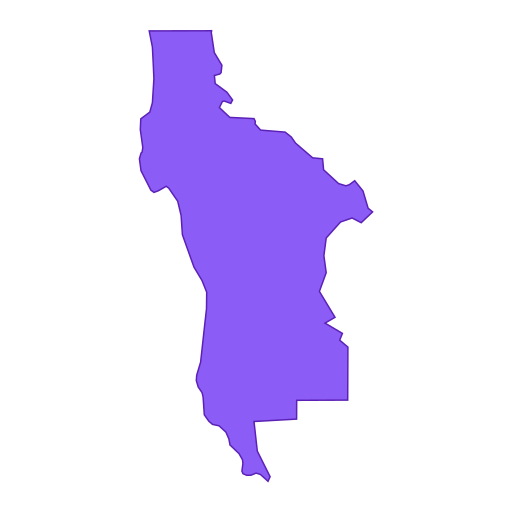 the district of San Mateo, California, United States of America
{"feature_id": "52423323B75131784459442", "entity_name": "San Mateo", "entity_type": "district", "adm_level": 2, "iso_a3": "USA", "parent_name": "United States of America", "parent_adm1": "California", "projection": "equal_earth", "projection_center": [-122.339, 37.408], "detail": "fine", "context": "isolated", "style": "filled", "palette": "violet", "viewbox_px": 512, "rotation_deg": 0, "n_neighbors": 0, "source": "geoboundaries", "source_scale": "gbopen_adm2", "svg_char_len": 1365}
<svg xmlns="http://www.w3.org/2000/svg" viewBox="0 0 512 512"><path d="M347.9,347.1L339.7,340.2L342.4,333.4L325.0,323.1L335.0,317.3L319.4,291.4L326.2,272.7L323.9,255.7L326.2,238.0L340.5,222.0L352.0,218.0L361.2,222.7L372.6,211.9L368.1,208.2L363.0,191.0L354.7,180.7L349.3,184.7L345.9,185.8L341.3,184.4L338.6,183.6L323.6,169.8L322.6,158.8L312.6,157.8L295.5,143.1L291.3,137.0L285.1,132.1L260.6,130.1L255.1,124.0L255.3,121.3L254.0,118.6L229.8,117.4L219.4,107.6L222.4,101.5L224.1,101.0L230.8,103.4L232.6,100.0L226.9,92.2L215.2,83.6L214.4,75.5L219.8,74.0L221.1,72.6L221.9,65.2L214.3,52.6L211.1,31.3L212.2,30.7L204.3,30.8L195.9,30.8L149.2,30.9L152.4,47.1L153.2,63.0L153.9,78.8L152.4,102.7L149.8,112.1L140.8,118.8L140.3,129.6L142.8,147.5L142.1,152.1L141.1,153.0L139.4,158.7L141.0,170.7L150.9,190.2L154.0,192.4L158.0,190.9L158.5,190.7L166.2,186.3L168.7,188.1L177.7,201.2L181.1,215.5L182.4,234.7L194.0,267.2L202.0,280.5L206.7,292.2L206.5,308.8L204.5,326.6L200.6,362.2L196.7,375.2L196.3,380.5L198.2,387.0L202.1,392.7L203.1,397.1L204.3,414.8L208.8,421.2L212.5,424.4L219.0,425.8L225.9,432.1L228.9,439.0L230.0,445.0L239.0,453.6L242.5,459.8L242.9,463.6L241.9,471.1L243.0,473.7L246.7,475.3L251.0,475.2L256.1,473.1L260.5,474.5L268.0,481.3L270.1,476.7L257.3,451.1L254.0,421.5L296.6,419.1L296.7,400.3L347.7,400.1L347.9,347.1Z" fill="#8b5cf6" stroke="#5b21b6" stroke-width="1.5"/></svg>